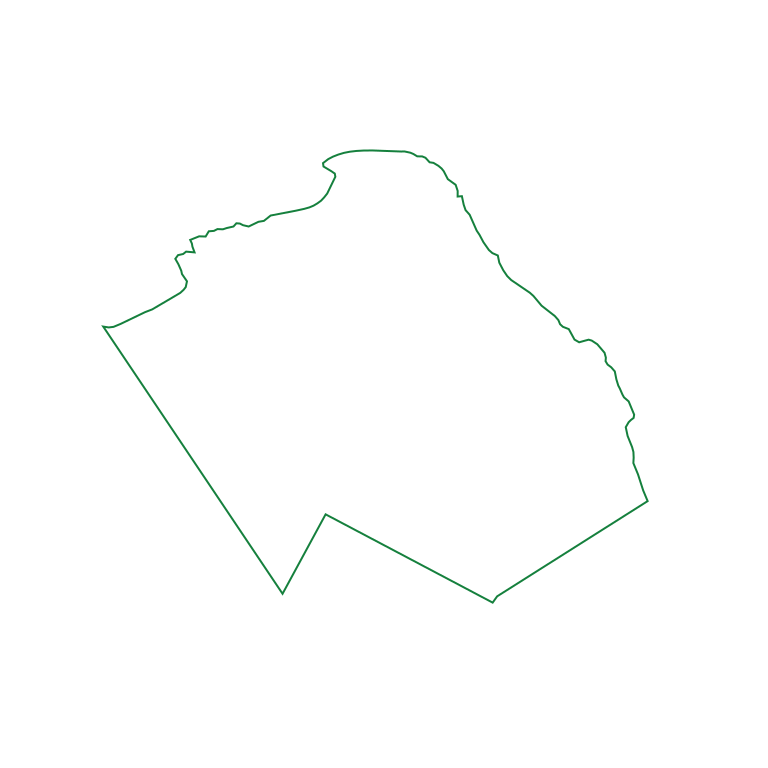 Ngerbelau, Angaur, Palau, rotated 286°
{"feature_id": "81905179B91574201730062", "entity_name": "Ngerbelau", "entity_type": "district", "adm_level": 2, "iso_a3": "PLW", "parent_name": "Palau", "parent_adm1": "Angaur", "projection": "mercator", "projection_center": [134.149, 6.91], "detail": "fine", "context": "isolated", "style": "outline", "palette": "green", "viewbox_px": 768, "rotation_deg": 286, "n_neighbors": 0, "source": "geoboundaries", "source_scale": "gbopen_adm2", "svg_char_len": 1737}
<svg xmlns="http://www.w3.org/2000/svg" viewBox="0 0 768 768"><g transform="rotate(286 384 384)"><path d="M203.8,548.7L211.1,551.3L344.1,669.7L353.1,662.5L367.1,653.1L376.7,645.5L382.0,644.3L387.4,642.5L391.7,639.9L401.2,632.5L409.1,628.3L414.7,629.7L417.5,631.3L420.2,633.3L423.5,632.9L434.7,624.0L437.3,618.4L439.6,616.1L444.7,611.9L447.1,609.6L452.5,606.1L459.7,602.4L462.7,597.8L464.3,593.6L467.0,590.7L470.5,590.0L474.8,587.4L481.0,578.1L483.0,571.7L483.0,568.5L481.1,565.3L477.9,560.1L479.2,554.9L487.7,546.5L488.3,540.2L490.0,536.8L493.5,534.0L496.4,529.5L502.7,513.9L509.8,503.4L511.9,499.1L519.0,477.6L521.7,472.7L526.2,467.3L532.4,461.4L538.9,458.0L539.7,452.1L541.7,447.9L547.7,440.5L553.7,434.7L557.0,430.8L570.3,419.7L573.6,414.5L578.3,411.2L586.0,407.1L584.5,403.1L589.9,401.6L595.2,398.0L598.5,388.9L605.0,382.8L607.0,380.0L608.7,376.2L610.2,370.6L609.7,366.7L612.9,361.5L613.3,358.0L612.0,353.2L613.2,348.8L613.6,345.6L613.2,339.6L612.2,336.4L605.3,308.5L602.8,300.1L600.4,293.2L597.9,287.2L595.2,281.9L592.0,276.9L588.5,272.3L584.8,268.4L579.5,264.5L576.4,265.9L574.1,274.5L572.7,278.7L569.8,280.1L551.4,276.9L546.8,275.0L542.9,273.0L539.3,270.2L536.0,267.1L533.2,263.6L530.4,259.1L526.3,251.5L514.7,228.6L507.7,223.6L505.3,218.6L498.1,210.5L497.8,204.7L498.5,201.2L497.8,197.8L493.9,195.9L490.6,189.9L488.3,186.5L487.0,181.2L484.3,178.3L482.5,173.5L476.6,171.9L475.0,165.6L469.1,158.0L466.1,160.6L463.2,162.0L458.3,165.6L456.7,157.3L453.6,155.1L451.1,150.5L446.8,148.9L442.5,153.3L437.0,157.9L434.0,159.5L428.4,166.3L422.5,166.7L419.3,165.4L415.4,163.0L391.8,140.6L387.2,134.5L369.2,114.3L364.4,108.3L362.5,103.8L361.8,98.3L154.4,344.3L242.6,363.8L203.8,548.7Z" fill="none" stroke="#15803d" stroke-width="2"/></g></svg>